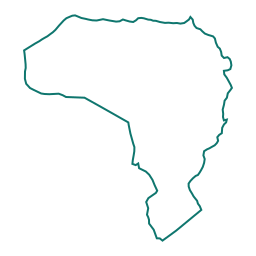 the district of Barroquinha, Ceará, Brazil
{"feature_id": "56859067B84967197177731", "entity_name": "Barroquinha", "entity_type": "district", "adm_level": 2, "iso_a3": "BRA", "parent_name": "Brazil", "parent_adm1": "Ceará", "projection": "natural_earth1", "projection_center": [-41.162, -3.004], "detail": "fine", "context": "isolated", "style": "outline", "palette": "teal", "viewbox_px": 256, "rotation_deg": 0, "n_neighbors": 0, "source": "geoboundaries", "source_scale": "gbopen_adm2", "svg_char_len": 2009}
<svg xmlns="http://www.w3.org/2000/svg" viewBox="0 0 256 256"><path d="M66.0,97.0L84.5,97.7L101.5,107.2L128.3,122.4L128.7,125.0L129.3,128.0L130.4,133.5L133.3,143.9L134.4,147.1L134.3,151.3L133.7,155.1L132.8,160.1L132.4,163.9L135.7,165.1L138.2,163.5L139.1,168.2L145.8,171.5L149.2,174.7L152.5,179.9L154.6,185.1L157.2,190.7L155.9,192.9L148.4,198.1L146.2,202.0L148.2,208.2L147.0,214.7L148.2,217.2L149.0,219.8L149.1,223.6L153.7,229.7L156.8,238.3L159.8,238.4L162.5,240.6L176.2,230.6L201.3,209.9L199.8,206.2L197.9,203.6L197.1,200.8L195.5,198.8L193.6,196.4L192.1,193.7L189.9,190.1L188.7,186.6L188.6,183.6L190.4,181.0L192.9,178.3L195.7,175.9L197.9,175.0L199.6,172.6L201.1,170.1L202.8,166.9L204.1,162.9L204.7,159.0L203.4,155.4L204.1,151.2L206.9,149.4L209.4,148.3L211.8,146.9L214.7,145.3L216.8,143.1L218.1,140.8L217.3,137.2L219.2,134.9L221.8,133.2L222.2,127.8L224.0,124.4L226.1,122.4L226.8,119.6L223.9,120.4L223.0,117.0L223.2,113.9L222.7,109.6L224.0,104.6L224.6,100.7L226.9,97.7L227.8,93.3L230.2,90.3L231.9,87.9L230.7,84.9L228.9,81.6L226.8,77.8L224.3,74.4L223.9,70.8L227.7,70.3L230.3,69.1L231.4,65.3L230.8,61.6L229.7,59.0L227.5,57.2L224.0,58.0L221.7,55.6L221.1,51.8L219.8,48.6L217.7,46.8L215.9,42.7L214.9,38.5L213.1,36.4L210.9,35.7L208.4,35.0L204.9,33.6L202.3,31.3L200.4,29.3L196.5,28.0L194.5,25.7L193.3,22.9L192.7,19.6L190.4,17.0L189.0,19.5L186.6,21.3L184.2,23.0L180.4,23.6L177.0,23.0L173.1,23.2L168.6,22.7L165.0,22.9L159.9,22.0L155.8,20.8L153.1,20.7L150.8,19.8L148.2,19.6L143.9,18.3L141.3,17.9L138.2,18.2L136.0,20.3L133.2,22.0L129.6,21.5L125.7,20.4L122.9,19.5L119.6,21.3L116.1,21.6L109.4,20.5L103.0,19.2L96.7,20.5L92.4,20.3L88.2,19.5L85.8,18.9L81.4,18.0L77.6,16.4L75.1,15.4L72.3,15.7L70.1,16.6L66.4,18.2L63.7,20.5L61.5,22.9L59.1,25.5L55.4,29.9L52.8,32.3L50.3,34.1L47.4,36.3L44.5,37.9L42.1,39.3L39.3,41.2L35.0,43.6L24.1,50.4L24.6,54.0L25.6,64.3L25.7,68.0L25.0,71.5L24.9,78.8L26.2,83.8L30.0,88.0L34.1,90.1L41.2,93.5L44.6,94.0L49.3,94.2L58.7,93.7L62.7,95.2L66.0,97.0Z" fill="none" stroke="#0f766e" stroke-width="2"/></svg>